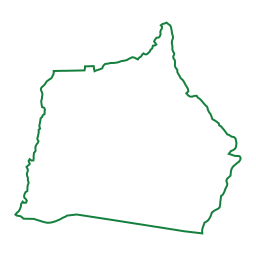 the district of Passagem Franca, Maranhão, Brazil
{"feature_id": "56859067B615678742471", "entity_name": "Passagem Franca", "entity_type": "district", "adm_level": 2, "iso_a3": "BRA", "parent_name": "Brazil", "parent_adm1": "Maranhão", "projection": "albers", "projection_center": [-43.757, -6.116], "detail": "fine", "context": "isolated", "style": "outline", "palette": "green", "viewbox_px": 256, "rotation_deg": 0, "n_neighbors": 0, "source": "geoboundaries", "source_scale": "gbopen_adm2", "svg_char_len": 3155}
<svg xmlns="http://www.w3.org/2000/svg" viewBox="0 0 256 256"><path d="M53.7,71.0L53.7,73.2L53.3,74.5L51.4,78.2L49.3,79.5L48.1,80.4L46.8,81.3L45.6,83.2L44.8,84.4L43.4,85.8L41.7,87.3L40.9,88.5L41.0,90.0L42.1,92.8L42.5,94.3L42.0,97.0L41.9,98.7L41.2,101.0L41.6,104.7L42.1,107.1L44.2,107.8L44.9,109.5L44.6,111.8L44.6,113.9L42.7,115.4L42.2,116.9L40.6,118.4L40.3,120.8L39.8,123.4L39.3,126.0L40.1,128.7L38.7,129.6L38.7,131.2L38.7,133.0L38.2,134.6L38.0,136.1L37.3,138.3L37.6,139.8L38.5,141.2L37.9,142.8L36.7,144.2L35.6,146.3L35.4,147.7L35.5,149.5L35.5,151.1L34.0,152.8L33.6,156.1L33.7,158.4L33.4,160.4L31.6,160.6L29.6,159.2L28.6,161.1L29.8,163.9L28.6,165.1L26.5,166.9L27.9,169.6L27.6,171.7L26.8,173.7L27.2,176.0L27.9,177.9L27.9,180.7L28.7,182.8L27.7,185.3L27.5,187.1L27.4,189.0L27.3,191.1L25.6,192.1L24.8,193.6L24.1,195.6L24.3,197.7L25.7,198.9L26.8,200.6L26.1,202.6L23.8,202.8L22.7,201.6L21.1,204.1L20.8,206.8L19.7,209.6L18.9,211.0L16.8,212.9L15.4,214.6L16.5,215.5L18.2,215.8L20.8,216.3L23.6,218.7L33.8,218.9L42.4,221.6L45.0,222.3L47.6,222.8L50.4,222.6L52.1,222.3L55.2,221.4L60.2,219.3L62.0,218.2L63.4,217.5L65.6,216.6L67.0,215.6L76.7,214.5L113.9,220.2L175.7,229.9L183.7,231.2L202.3,233.4L202.1,230.4L202.7,227.7L203.7,225.0L204.5,222.7L207.5,220.9L208.9,219.3L210.3,216.9L211.0,215.2L211.9,212.5L214.0,210.9L215.3,210.1L218.2,208.7L219.6,207.4L220.2,204.1L220.3,201.8L220.7,199.2L220.9,197.7L221.1,195.9L222.6,194.9L223.6,193.3L224.8,190.7L225.3,189.0L227.1,185.5L227.3,183.7L226.3,180.8L227.1,178.8L229.4,176.7L230.5,175.7L231.0,170.9L231.5,169.2L232.3,167.7L233.3,166.3L237.7,162.6L239.0,161.8L240.4,159.5L240.6,157.8L239.5,156.2L237.3,155.9L235.5,156.0L233.4,155.4L231.4,154.7L228.8,153.9L230.9,151.1L233.5,149.9L235.3,148.5L236.0,146.8L236.2,145.2L236.5,143.0L235.5,138.5L234.0,137.1L231.5,136.6L229.1,135.0L227.1,134.3L226.0,132.5L224.7,130.8L223.7,129.5L222.2,127.8L221.0,126.3L219.2,125.4L218.9,123.6L217.3,122.2L214.7,120.4L212.5,119.3L211.9,117.8L211.2,115.6L210.5,114.1L208.9,111.9L208.0,110.0L207.2,106.9L205.7,105.5L204.2,103.9L201.8,101.0L199.8,98.9L197.6,97.4L196.7,95.8L194.4,95.9L192.0,96.7L189.8,96.5L188.2,95.4L186.3,93.3L188.4,91.3L187.8,88.6L186.2,85.9L185.1,84.1L183.9,81.7L182.7,80.0L181.6,79.0L180.4,77.9L179.6,76.0L178.4,74.1L177.3,72.0L177.3,69.8L176.1,68.4L175.2,66.9L174.9,65.0L175.0,62.4L174.8,60.1L173.5,58.5L173.2,56.5L173.9,55.1L174.3,53.5L173.5,52.2L172.4,49.8L172.4,46.1L172.0,44.2L171.8,42.7L172.1,40.4L173.0,38.1L172.8,35.8L172.1,33.7L171.6,30.5L171.0,27.2L170.2,25.4L168.3,24.1L166.6,22.6L164.7,23.5L162.7,23.9L160.8,25.3L162.0,26.6L161.8,28.7L160.8,30.2L160.3,32.0L160.6,34.3L159.6,36.7L158.5,37.6L156.5,37.7L155.3,39.2L154.1,41.5L155.4,43.1L156.3,44.5L155.0,45.4L152.9,45.7L152.2,48.4L150.4,50.0L149.7,51.7L146.9,54.2L145.3,54.4L143.4,53.4L142.2,54.6L141.1,56.5L139.1,57.7L137.9,59.4L134.3,57.6L132.4,57.2L128.9,58.8L126.8,60.1L123.8,60.8L121.9,60.9L119.8,61.7L117.3,62.5L115.2,62.8L112.6,63.0L110.4,63.0L108.7,63.5L105.1,64.0L103.4,65.6L102.2,68.3L99.8,69.3L97.7,70.0L96.3,70.4L94.6,71.2L94.2,69.8L93.7,66.1L85.0,66.4L85.0,68.4L84.5,70.4L65.7,70.8L62.3,70.8L53.7,71.0Z" fill="none" stroke="#15803d" stroke-width="2"/></svg>